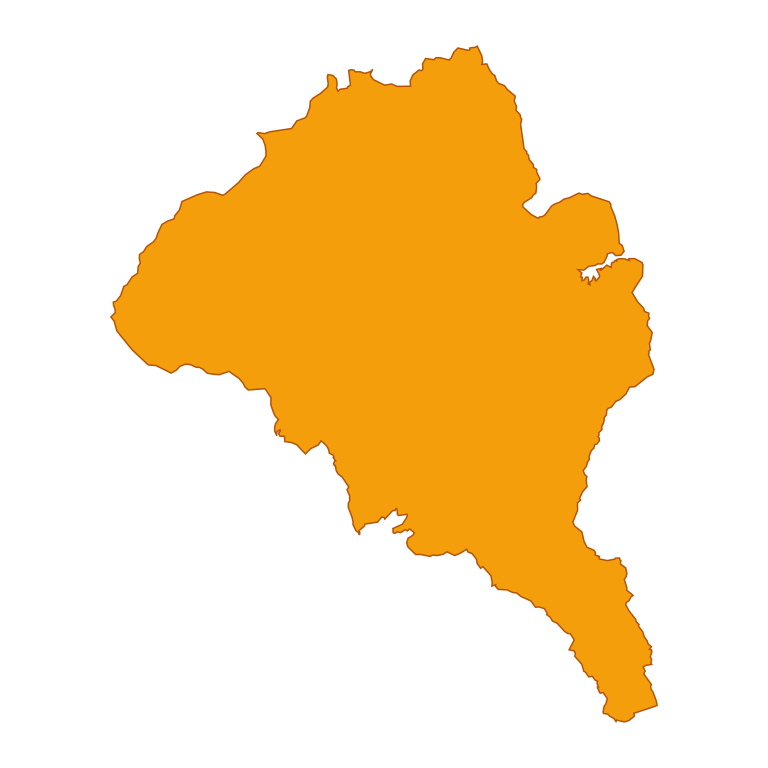 Pades, Gorj, Romania (orthographic projection)
{"feature_id": "2599482B12814420584104", "entity_name": "Pades", "entity_type": "district", "adm_level": 2, "iso_a3": "ROU", "parent_name": "Romania", "parent_adm1": "Gorj", "projection": "orthographic", "projection_center": [22.765, 45.13], "detail": "fine", "context": "isolated", "style": "filled", "palette": "amber", "viewbox_px": 768, "rotation_deg": 0, "n_neighbors": 0, "source": "geoboundaries", "source_scale": "gbopen_adm2", "svg_char_len": 6071}
<svg xmlns="http://www.w3.org/2000/svg" viewBox="0 0 768 768"><path d="M657.1,705.5L656.3,700.9L653.0,692.1L650.9,688.8L650.6,686.2L651.4,684.5L643.7,673.8L645.2,671.1L643.2,666.9L645.9,665.4L651.7,664.4L651.0,663.0L651.6,659.3L650.2,656.8L651.7,652.7L651.7,650.2L649.4,649.4L651.4,646.7L648.2,644.0L647.0,640.6L644.2,636.7L642.6,631.5L638.8,626.7L638.4,625.1L639.0,624.5L636.3,621.7L635.7,619.4L629.0,610.8L625.7,604.8L626.3,602.4L628.9,600.9L631.0,596.9L633.1,595.4L626.7,590.1L626.9,587.9L624.3,579.4L626.2,576.6L626.9,573.4L625.6,567.8L620.4,564.0L620.9,560.4L620.0,560.1L619.5,558.0L615.4,558.1L614.8,559.1L607.4,560.6L599.5,559.0L598.9,557.2L599.4,556.4L595.3,555.1L595.5,552.7L594.2,550.4L586.9,547.2L584.0,541.2L581.9,531.9L574.6,526.1L572.8,522.1L577.6,510.3L577.4,503.1L580.6,500.0L579.5,498.4L582.7,491.6L587.1,486.7L586.1,480.5L586.9,476.6L584.6,474.2L583.2,470.7L586.6,465.8L587.3,462.6L589.5,459.1L589.0,456.5L591.4,450.5L593.8,448.2L594.6,444.8L597.0,443.9L599.4,440.7L599.1,437.9L598.0,436.7L599.1,435.0L598.7,432.9L601.9,429.5L601.8,425.8L602.9,424.7L604.2,420.3L604.1,417.9L606.4,414.8L606.8,410.1L608.0,408.4L611.4,407.1L615.8,401.3L619.5,399.8L625.9,394.0L629.5,387.1L635.0,386.6L647.5,376.7L652.9,374.3L654.0,369.1L648.5,354.8L649.1,353.8L648.6,351.6L650.3,349.7L649.4,343.4L650.7,340.4L652.2,332.6L647.2,325.6L647.7,320.7L649.6,318.4L648.6,316.5L648.8,313.1L644.4,311.5L643.8,308.4L637.7,301.9L632.0,292.5L642.5,276.1L642.9,264.7L642.0,262.5L634.7,258.6L629.1,258.6L628.4,259.2L629.2,260.3L623.9,258.7L618.9,258.9L616.6,259.6L616.7,261.0L615.0,260.5L613.6,262.4L612.3,262.3L611.5,263.5L611.2,267.4L606.8,265.1L601.1,270.2L600.4,270.2L600.9,269.0L602.4,268.2L596.6,269.4L599.6,275.4L599.4,277.0L595.9,281.0L595.0,279.8L595.3,278.6L593.5,276.4L592.1,280.2L589.6,282.4L590.0,284.9L588.3,284.2L588.7,280.4L587.9,277.2L585.9,277.1L584.4,279.8L581.9,280.8L582.4,277.4L580.5,276.7L581.9,273.1L578.0,269.7L583.9,270.1L589.0,266.2L595.2,265.5L597.5,263.9L602.0,263.9L603.9,262.4L606.9,256.6L607.4,253.8L612.3,252.4L615.7,255.6L620.9,255.2L624.1,251.4L622.3,245.6L619.2,243.1L618.7,233.3L617.0,224.3L614.7,215.9L610.8,206.7L610.8,204.2L609.1,201.8L591.0,195.8L587.9,193.4L582.4,194.3L578.9,193.1L569.3,197.8L564.0,199.1L559.7,202.2L554.1,204.3L551.4,206.2L544.9,215.0L542.4,216.6L539.6,216.9L538.1,218.3L531.4,214.7L523.1,207.1L522.5,204.9L524.3,202.3L531.6,197.8L533.2,195.1L535.8,193.2L536.6,187.4L536.2,183.2L539.8,179.6L539.7,178.4L536.7,172.2L536.7,169.4L533.6,167.5L533.2,164.4L529.3,159.7L528.3,155.0L526.7,153.5L526.7,151.6L524.1,148.9L520.6,124.2L521.7,119.3L520.4,117.0L520.1,114.6L515.9,110.2L516.6,106.6L514.2,101.0L515.3,96.2L506.9,89.1L504.4,85.6L498.4,83.3L496.5,80.7L494.8,75.5L492.5,74.0L489.4,69.8L486.8,63.9L481.8,64.4L482.6,61.7L481.8,55.8L477.2,46.1L475.2,47.3L469.9,48.0L469.8,49.9L467.6,50.2L457.9,48.0L453.7,52.3L451.2,58.0L449.0,60.0L440.1,57.7L435.9,57.7L434.0,59.7L425.6,58.5L422.6,63.8L422.9,69.5L421.2,70.7L419.1,69.9L412.8,75.0L410.1,81.1L410.6,86.2L397.3,86.4L391.5,84.0L384.7,85.2L373.4,79.6L370.8,76.0L370.4,74.0L372.8,69.4L370.3,71.7L364.9,73.3L360.1,71.8L355.3,71.8L353.8,70.0L350.8,69.8L348.7,70.4L350.4,85.2L347.7,86.7L347.3,88.2L339.9,89.3L338.0,91.3L336.5,88.0L337.1,84.2L336.4,79.0L332.8,75.4L328.0,74.6L327.3,76.8L328.2,83.9L327.7,87.0L320.4,93.5L313.1,98.1L310.3,101.3L309.8,107.6L306.8,115.7L305.4,117.7L296.8,120.9L291.6,128.5L270.4,131.7L264.4,133.6L258.2,132.6L256.9,133.5L262.8,139.0L265.1,145.3L265.9,150.5L266.0,156.1L259.7,166.2L254.0,168.6L245.1,175.0L238.4,182.7L224.6,194.5L222.3,195.2L214.9,192.5L206.4,191.9L197.2,194.8L182.0,201.5L179.6,209.6L174.8,215.8L174.0,218.9L167.9,220.9L162.0,224.4L157.9,232.9L156.2,238.1L153.5,241.8L146.8,246.4L143.5,251.7L139.5,254.5L139.3,258.8L140.4,263.0L138.2,266.4L137.6,273.3L132.2,276.9L126.9,284.8L123.8,286.4L120.7,295.5L116.3,301.2L113.3,302.1L113.6,305.8L114.9,308.3L115.3,312.5L110.9,317.0L114.1,321.1L116.9,331.0L132.1,349.8L148.2,364.9L156.2,365.6L171.1,373.1L176.7,369.9L179.7,366.4L185.7,364.1L190.5,364.6L196.5,367.4L199.2,367.3L202.8,369.1L207.1,373.1L211.5,374.0L219.3,374.7L229.0,371.4L239.1,378.5L243.0,383.0L244.9,386.8L248.2,390.0L264.7,388.7L265.7,389.6L271.0,397.7L270.8,404.8L273.8,413.3L275.4,416.4L278.4,419.5L275.5,423.7L274.7,427.0L274.7,431.1L276.9,435.9L276.4,434.0L277.0,431.6L280.0,429.7L280.3,431.0L278.4,433.5L280.0,436.2L284.5,436.3L284.8,441.6L291.4,442.5L296.8,444.8L305.4,453.9L310.8,448.6L318.4,444.9L321.0,440.8L323.5,442.8L326.8,446.1L328.6,449.5L329.4,453.3L333.1,455.0L333.9,457.0L333.2,457.5L335.6,460.8L334.7,460.8L333.5,463.9L334.6,465.6L335.4,465.5L336.2,470.7L338.3,474.2L342.1,477.0L348.8,487.0L347.0,489.7L349.6,495.8L349.7,500.4L348.3,503.4L348.3,507.4L351.9,516.9L353.1,521.9L353.0,524.7L355.9,530.6L358.4,532.6L359.1,534.5L359.7,534.4L359.7,532.1L359.1,530.7L364.5,525.9L364.9,524.1L377.6,522.1L381.6,517.2L384.0,517.3L384.8,519.1L392.6,510.6L395.0,510.5L396.0,508.5L397.0,509.0L397.5,514.8L398.7,515.5L406.9,514.3L407.3,515.4L406.7,517.4L402.3,524.3L392.9,528.5L393.2,532.8L394.7,533.4L397.2,531.9L400.7,532.6L405.4,529.6L407.3,531.0L409.7,528.9L414.4,532.8L412.8,535.3L408.1,538.2L406.7,542.8L407.9,546.9L415.6,554.5L420.9,554.5L430.1,556.4L432.3,555.1L437.7,555.5L443.3,554.2L446.8,551.8L454.7,555.5L460.2,553.3L466.7,549.2L468.2,552.2L472.0,553.5L476.3,558.9L477.2,563.5L480.6,568.3L482.9,566.6L490.9,575.7L492.2,582.2L491.9,586.2L495.7,584.7L495.6,586.4L498.3,589.4L507.1,589.9L512.7,592.5L516.5,592.9L521.0,596.5L531.0,601.0L535.5,607.3L538.7,606.9L544.4,608.6L547.2,613.4L546.6,614.7L550.1,617.1L552.4,621.0L557.2,623.3L564.6,631.4L567.8,633.5L570.4,633.8L574.2,639.9L569.1,649.8L574.3,650.9L575.4,653.8L574.7,656.2L581.8,664.3L583.8,671.2L585.4,672.1L588.8,676.9L592.4,676.3L595.0,680.0L597.5,681.2L597.0,683.4L598.5,686.8L597.3,687.1L599.4,692.2L600.3,693.2L603.2,692.5L607.3,698.7L605.7,704.3L604.1,706.2L603.1,712.1L603.5,713.5L607.8,714.1L609.7,716.2L613.8,718.4L616.0,721.5L616.5,720.1L624.3,721.9L628.8,720.6L634.5,716.1L633.7,713.4L657.1,705.5Z" fill="#f59e0b" stroke="#b45309" stroke-width="1.5"/></svg>